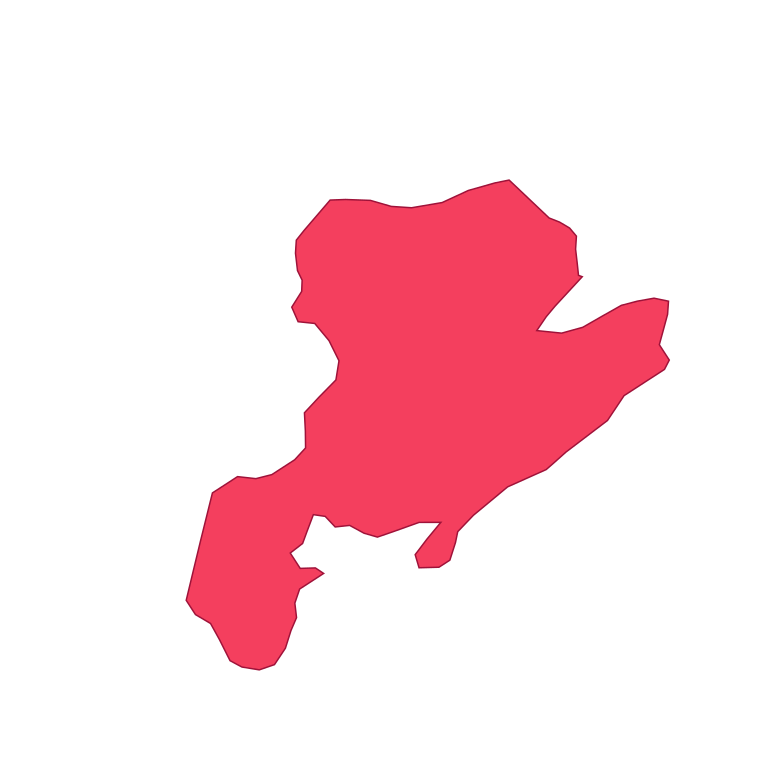 Seosan-si, South Chungcheong, South Korea (Natural Earth projection), rotated 237°
{"feature_id": "91817680B60871253292980", "entity_name": "Seosan-si", "entity_type": "district", "adm_level": 2, "iso_a3": "KOR", "parent_name": "South Korea", "parent_adm1": "South Chungcheong", "projection": "natural_earth1", "projection_center": [126.456, 36.801], "detail": "fine", "context": "isolated", "style": "filled", "palette": "rose", "viewbox_px": 768, "rotation_deg": 237, "n_neighbors": 0, "source": "geoboundaries", "source_scale": "gbopen_adm2", "svg_char_len": 1383}
<svg xmlns="http://www.w3.org/2000/svg" viewBox="0 0 768 768"><g transform="rotate(237 384 384)"><path d="M567.6,439.0L556.3,400.5L552.4,388.8L541.9,381.0L526.2,373.2L515.7,371.9L506.5,365.4L498.7,348.5L483.0,345.9L472.5,358.9L450.3,361.5L428.0,358.9L413.6,345.9L408.4,322.4L403.2,301.6L387.5,292.5L373.1,283.4L369.1,267.8L369.1,240.6L374.4,225.0L386.1,210.7L386.1,184.7L386.1,180.8L353.4,145.8L332.5,123.7L310.3,100.3L293.3,100.3L277.6,108.1L259.3,106.8L235.8,104.2L224.0,110.7L212.2,123.7L208.3,139.3L216.1,157.4L227.9,171.7L235.7,183.4L248.8,189.9L258.0,201.6L258.0,230.2L267.1,226.3L275.0,213.3L293.3,213.3L294.6,228.9L298.5,234.1L302.4,239.3L312.9,253.6L305.0,262.6L290.7,265.2L284.1,278.2L269.7,286.0L259.2,295.1L255.3,310.7L248.8,338.1L237.0,356.3L230.5,335.5L223.9,317.2L210.8,313.3L200.4,330.3L200.4,343.3L212.1,357.6L220.0,365.4L225.2,387.5L230.4,431.7L223.9,473.4L225.3,483.3L227.8,499.5L231.7,551.6L243.5,579.0L243.5,605.0L243.5,627.2L248.7,636.3L267.0,636.3L277.5,648.1L288.0,659.8L298.5,667.7L308.9,657.2L315.5,641.6L320.7,625.9L322.0,605.0L323.3,581.6L329.9,560.7L345.6,541.2L352.1,556.8L356.1,569.8L366.0,608.7L369.2,606.3L379.6,611.6L392.7,618.1L403.2,625.9L413.7,624.6L424.2,619.4L433.3,612.9L486.9,600.0L492.2,586.6L500.4,560.1L504.5,531.6L516.8,503.1L529.0,486.8L545.4,472.6L559.7,452.2L567.6,439.0Z" fill="#f43f5e" stroke="#9f1239" stroke-width="1.5"/></g></svg>